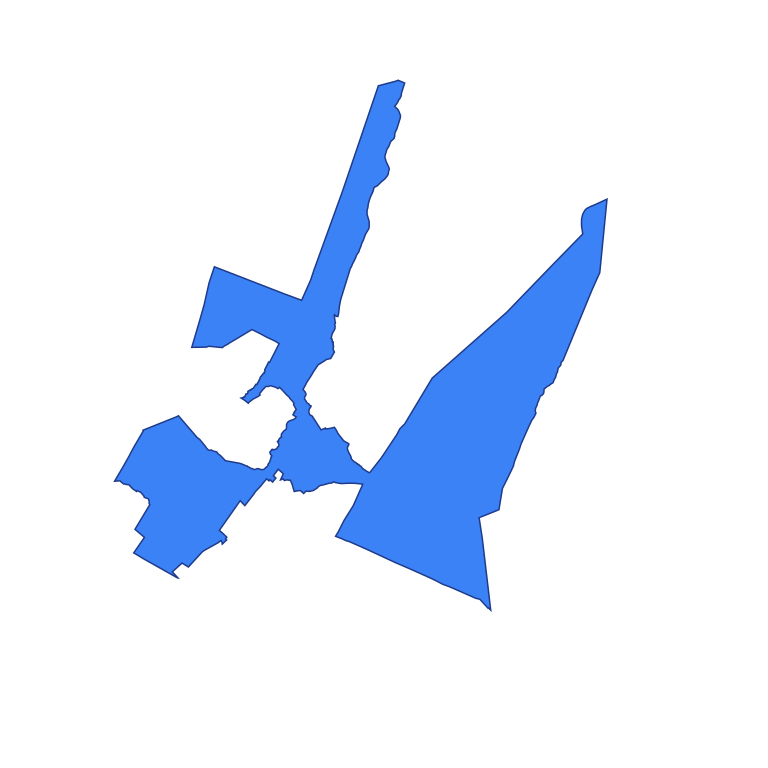 outline of Tianguistenco, México, Mexico, rotated 300°
{"feature_id": "50627088B72172195949550", "entity_name": "Tianguistenco", "entity_type": "district", "adm_level": 2, "iso_a3": "MEX", "parent_name": "Mexico", "parent_adm1": "México", "projection": "robinson", "projection_center": [-99.437, 19.162], "detail": "fine", "context": "isolated", "style": "filled", "palette": "blue", "viewbox_px": 768, "rotation_deg": 300, "n_neighbors": 0, "source": "geoboundaries", "source_scale": "gbopen_adm2", "svg_char_len": 6171}
<svg xmlns="http://www.w3.org/2000/svg" viewBox="0 0 768 768"><g transform="rotate(300 384 384)"><path d="M227.9,418.2L228.9,424.8L229.4,430.1L230.1,432.2L232.2,451.5L235.0,483.2L236.6,496.6L239.2,521.7L239.6,527.1L239.9,534.8L241.1,541.6L244.3,570.7L245.5,574.6L241.9,586.1L242.4,586.2L241.5,589.5L299.2,546.5L315.8,533.2L332.6,546.4L352.8,538.8L367.6,537.9L377.6,537.1L381.9,535.8L394.9,533.9L400.5,532.7L421.3,530.5L423.8,530.4L425.9,530.1L430.2,530.5L434.5,530.2L434.9,530.1L435.5,529.0L438.4,527.5L442.4,527.1L445.0,526.3L446.5,526.3L451.7,525.4L453.6,526.6L455.5,526.9L457.0,526.5L459.6,525.2L460.7,525.4L460.9,525.7L463.4,526.5L465.6,528.0L466.7,528.2L469.5,529.7L470.1,529.7L472.8,529.2L475.0,529.3L477.3,528.8L479.1,528.2L480.8,528.3L485.0,526.9L488.3,527.6L489.7,527.3L491.4,526.5L493.6,527.2L494.2,527.2L570.3,517.0L588.3,515.2L655.6,484.7L643.9,476.4L641.1,474.2L637.2,471.7L636.0,471.4L634.5,471.1L631.1,471.2L629.3,471.5L625.3,472.8L620.0,475.8L613.3,481.1L570.3,470.1L507.4,454.4L413.2,422.8L359.8,421.9L353.2,420.1L346.8,420.4L318.7,418.6L301.0,416.1L299.8,415.7L299.8,412.0L300.0,411.0L300.0,409.3L300.3,407.0L301.0,406.0L301.2,405.0L301.1,404.0L301.4,403.4L301.3,403.0L301.7,402.4L301.3,401.5L301.7,400.7L301.5,400.1L301.8,399.6L301.8,397.1L302.4,394.4L303.1,392.8L303.8,392.5L305.7,390.2L305.9,389.4L308.8,385.4L310.1,384.3L310.9,384.0L313.8,383.9L314.6,383.5L314.7,382.8L314.6,380.5L314.7,377.4L317.6,370.1L318.4,368.5L320.3,365.6L321.7,362.6L319.6,360.6L317.3,357.9L315.8,355.7L316.5,355.3L312.8,352.4L319.2,340.1L319.4,339.0L320.2,338.5L320.4,336.7L320.1,335.4L321.6,333.4L323.1,332.4L325.9,331.6L326.5,332.1L328.5,331.9L328.3,330.4L328.9,329.5L329.1,328.6L329.2,326.7L330.3,324.9L331.5,322.4L333.8,321.7L335.0,322.0L336.6,321.2L337.7,319.6L338.9,316.5L341.2,316.6L347.2,316.3L355.1,316.8L359.5,316.8L368.0,317.4L369.1,318.2L376.7,322.1L379.4,325.1L386.9,325.1L388.1,323.2L389.0,322.3L391.1,321.7L391.1,321.3L391.9,321.0L392.6,320.5L392.9,320.0L393.7,319.8L395.1,318.8L395.2,318.5L394.6,318.3L396.1,317.2L396.8,316.5L396.6,316.4L397.0,315.4L401.3,314.1L407.4,313.9L407.6,313.6L409.3,313.0L410.8,311.6L412.7,311.4L413.7,310.3L418.7,306.6L419.2,306.5L418.9,307.6L418.8,308.9L419.4,310.3L422.7,309.3L429.1,306.5L435.4,304.3L467.1,297.1L469.5,297.1L472.7,296.6L473.5,296.7L479.4,296.3L481.5,295.8L486.1,296.1L487.9,295.6L491.4,295.2L494.3,294.5L498.1,294.2L504.4,293.1L511.1,293.2L514.1,291.9L517.5,289.7L522.5,284.5L525.6,282.7L529.3,281.6L531.7,280.5L535.9,279.4L538.9,278.8L545.3,278.2L549.2,277.1L552.3,279.1L557.1,280.4L562.4,282.3L565.9,282.8L567.8,282.7L569.0,282.3L570.0,281.7L571.9,281.4L572.9,281.0L573.8,280.2L577.8,274.5L580.8,271.5L582.0,270.8L588.8,269.2L591.7,269.4L597.1,268.6L598.6,268.9L601.4,269.9L603.4,269.6L606.1,268.2L607.7,267.8L609.1,267.8L611.3,267.6L622.8,265.0L624.8,264.0L627.7,260.4L628.7,258.7L629.8,254.4L630.7,254.4L631.9,254.8L633.7,254.9L636.6,254.9L637.3,254.5L638.5,255.0L641.4,254.9L642.9,254.5L644.2,253.8L655.0,251.4L654.1,244.3L651.8,242.5L639.5,230.0L530.1,251.7L448.5,266.2L437.3,268.5L415.3,270.8L412.1,252.0L400.7,178.5L384.2,181.9L363.1,188.5L347.7,192.4L319.6,199.2L327.2,211.8L329.1,213.4L334.7,225.8L337.3,226.8L340.4,228.8L343.0,230.0L344.8,231.1L365.1,242.4L365.7,252.2L365.9,259.0L366.7,268.4L366.5,273.0L345.5,274.1L345.4,273.1L344.7,273.1L336.7,273.6L335.3,274.6L334.3,274.3L333.8,274.4L333.4,274.9L332.6,274.2L328.0,273.5L326.4,273.9L325.7,273.8L324.8,274.2L324.1,273.9L323.2,274.3L322.1,273.9L320.1,274.3L319.9,274.2L319.8,273.3L319.5,273.2L315.3,273.0L313.9,272.4L313.5,271.8L313.2,271.6L312.4,271.7L311.8,270.9L311.3,271.0L310.9,270.5L310.3,270.3L309.8,269.9L309.5,269.8L307.9,270.7L307.0,270.4L306.4,269.4L303.9,269.8L303.0,269.2L302.7,269.7L300.4,267.3L300.2,271.7L299.5,276.1L301.3,276.4L305.9,278.4L309.9,281.0L312.4,282.2L313.6,281.1L318.0,281.8L322.9,283.0L323.9,285.0L325.4,286.2L325.8,286.7L327.0,291.7L327.0,294.6L328.9,295.1L328.1,298.2L325.7,305.7L325.3,308.3L324.7,309.2L324.0,311.0L323.4,313.4L322.3,315.6L320.9,316.0L318.0,320.7L314.5,320.3L314.5,320.7L311.8,320.5L311.5,324.5L309.7,324.3L308.7,323.8L304.6,320.5L303.4,319.9L301.8,319.7L299.8,320.0L297.5,321.4L296.0,321.9L293.1,320.7L289.5,320.2L286.9,321.3L286.8,321.8L284.7,320.7L282.5,320.8L281.9,321.3L281.1,320.4L280.7,320.5L280.6,321.2L279.2,323.1L278.1,323.7L276.9,323.8L276.2,323.3L274.1,323.5L273.7,322.9L272.8,322.4L272.4,321.6L271.6,321.1L271.7,320.0L271.6,319.8L271.3,319.7L271.0,320.0L270.6,319.5L269.3,319.5L268.1,319.2L267.4,319.6L266.8,320.5L266.2,320.9L266.1,322.0L265.7,322.8L264.1,322.7L263.4,323.1L259.1,324.0L256.4,323.7L255.4,324.3L254.8,324.3L253.2,323.6L250.5,322.9L249.6,322.2L248.2,320.0L248.2,318.7L247.5,316.7L245.7,315.2L245.0,314.4L244.9,312.4L244.6,311.8L244.4,309.8L244.5,308.3L244.3,307.6L244.6,306.6L244.2,305.5L243.7,301.1L243.2,298.8L238.3,285.1L240.2,278.4L240.6,275.1L241.5,273.3L241.5,272.8L240.5,269.4L240.5,267.2L239.8,266.6L238.9,265.3L239.6,262.8L240.8,260.3L243.9,252.0L244.2,249.0L253.7,221.9L251.2,220.2L223.5,198.4L223.0,199.0L204.4,198.9L193.7,199.3L182.0,199.4L165.1,199.3L168.1,203.7L167.2,208.4L168.0,209.9L168.0,210.8L169.2,213.4L167.6,218.6L167.2,223.5L168.2,223.5L168.6,227.4L167.0,232.1L166.1,232.8L166.0,233.3L166.7,237.1L166.5,237.8L164.7,239.5L163.1,240.3L162.4,241.5L133.6,241.0L131.4,253.2L112.6,251.7L112.4,264.0L112.8,301.8L113.0,302.5L115.5,294.6L127.9,298.6L127.7,306.1L147.6,310.5L149.9,311.5L163.8,319.8L167.0,321.1L166.1,322.6L164.5,324.0L170.3,325.7L170.7,324.2L172.7,324.5L174.0,319.4L175.0,314.6L211.0,317.8L209.1,324.3L222.6,326.2L226.6,326.5L232.8,328.0L243.2,329.8L242.6,332.8L244.0,333.0L243.4,336.6L248.5,337.4L249.2,334.1L257.3,335.0L256.0,341.5L253.9,341.9L249.2,342.3L249.9,343.0L251.4,343.7L250.6,346.0L252.2,347.6L252.6,348.2L253.2,350.0L253.9,350.7L253.1,352.1L250.9,354.9L246.0,360.0L248.5,362.8L249.9,364.9L249.0,369.2L252.3,370.0L253.5,372.9L256.5,376.1L260.4,378.1L262.1,378.4L264.1,379.4L266.7,382.3L270.5,386.0L272.4,388.5L274.0,389.1L274.1,390.5L276.1,396.1L277.9,399.3L278.4,399.8L281.7,405.2L284.0,409.6L286.6,415.6L284.1,416.0L263.3,418.2L246.0,417.6L233.6,418.3L227.9,418.2Z" fill="#3b82f6" stroke="#1e3a8a" stroke-width="1.5"/></g></svg>